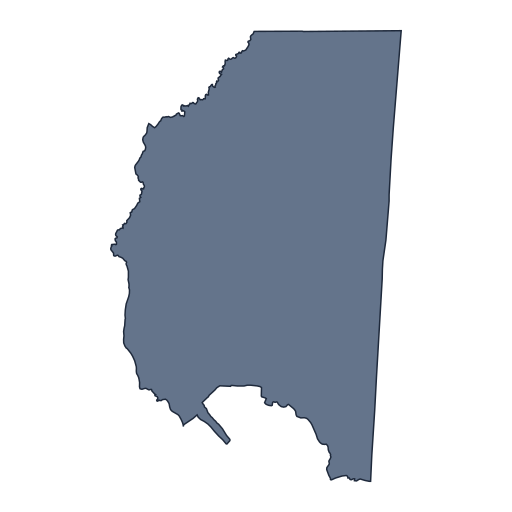 Phalombe, Phalombe, Malawi
{"feature_id": "42251766B10434937590290", "entity_name": "Phalombe", "entity_type": "district", "adm_level": 2, "iso_a3": "MWI", "parent_name": "Malawi", "parent_adm1": "Phalombe", "projection": "robinson", "projection_center": [35.613, -15.69], "detail": "fine", "context": "isolated", "style": "filled", "palette": "slate", "viewbox_px": 512, "rotation_deg": 0, "n_neighbors": 0, "source": "geoboundaries", "source_scale": "gbopen_adm2", "svg_char_len": 6025}
<svg xmlns="http://www.w3.org/2000/svg" viewBox="0 0 512 512"><path d="M370.6,481.3L371.8,455.3L374.7,410.4L376.5,376.4L382.2,279.0L382.4,269.3L382.9,260.8L385.9,240.2L389.1,201.0L389.1,194.7L391.1,158.7L393.3,127.9L401.2,30.7L303.5,31.5L302.1,31.2L254.8,31.4L254.1,31.5L253.2,33.8L251.9,34.8L250.7,36.0L250.4,36.8L250.8,39.4L250.4,40.1L249.8,40.7L248.3,41.2L247.9,42.0L248.8,43.3L249.0,44.1L248.8,45.0L248.1,46.5L245.7,50.1L243.4,51.0L242.6,50.7L242.0,51.2L241.4,52.7L240.8,53.2L240.0,53.1L239.7,52.3L238.9,52.4L238.6,53.2L238.0,53.7L235.8,54.5L235.8,55.3L236.5,55.8L236.5,56.6L235.6,58.0L234.8,58.3L233.4,57.6L232.6,57.9L231.4,59.0L230.7,59.3L229.9,59.2L228.7,58.2L228.1,58.7L227.6,60.3L226.9,60.5L225.4,60.1L225.1,61.1L225.2,63.5L224.7,65.2L224.3,65.9L223.5,65.8L222.9,66.3L222.5,67.0L223.2,67.4L223.6,68.8L222.3,69.8L222.1,70.6L221.6,71.3L221.5,72.1L220.1,71.2L219.4,71.5L219.2,72.4L219.5,73.2L220.1,73.8L221.5,74.4L220.5,75.7L220.2,76.5L219.5,76.7L219.0,77.4L218.3,77.7L218.1,78.6L218.5,80.2L218.2,81.0L217.5,81.2L216.7,81.1L216.5,81.9L216.8,82.6L215.7,83.9L215.8,84.8L215.3,85.4L215.0,86.2L215.3,87.1L214.8,87.4L214.0,87.2L212.7,86.2L212.4,84.5L211.6,84.6L210.2,86.6L209.4,86.8L208.9,87.3L209.2,89.0L208.3,92.3L208.5,94.9L207.7,95.1L206.4,94.3L205.7,94.7L205.4,95.4L205.2,98.8L203.6,98.7L203.2,99.4L202.5,99.8L201.7,99.6L200.2,99.8L199.8,99.0L199.1,98.7L199.0,97.9L198.2,97.7L197.4,99.2L197.7,100.8L197.5,101.6L196.4,102.9L196.1,103.7L195.3,104.0L193.9,103.4L193.5,102.7L192.8,102.5L191.5,103.5L190.0,103.3L189.8,104.1L188.7,105.3L188.4,106.1L187.8,105.5L187.1,106.0L186.4,105.8L184.8,106.1L184.2,105.7L183.4,106.0L183.1,105.2L182.4,104.9L181.7,105.2L181.0,106.7L180.9,109.3L181.3,110.0L182.1,110.2L182.0,111.1L183.6,110.8L184.8,111.8L184.4,116.0L183.8,116.5L182.5,115.6L181.0,115.8L180.2,115.6L179.2,113.3L178.5,112.9L176.4,114.1L176.1,114.9L175.5,115.4L174.8,115.6L174.2,116.2L173.4,116.3L172.8,116.9L170.5,117.4L168.4,116.5L166.9,117.0L166.3,116.7L164.6,117.2L163.0,117.1L161.6,118.6L160.6,121.0L159.9,121.3L159.4,121.9L158.0,124.1L155.9,126.7L154.6,127.7L152.5,126.4L150.7,124.7L148.8,123.6L147.2,127.7L147.0,131.3L146.7,133.0L145.2,135.1L144.0,136.2L143.2,137.2L142.7,139.7L143.3,142.1L145.4,145.8L145.7,147.5L145.4,149.3L144.7,150.8L143.1,151.4L142.3,153.8L141.4,155.2L141.0,156.9L139.8,158.1L139.3,159.7L138.5,161.1L135.5,165.0L135.1,165.8L134.7,167.4L135.8,173.3L136.2,174.3L136.9,174.6L138.2,176.3L138.4,177.1L138.0,177.8L138.6,179.4L138.6,180.3L140.4,182.1L141.1,182.3L142.6,181.9L143.1,182.5L143.4,184.2L144.3,185.6L144.4,186.4L144.2,187.3L143.7,187.9L143.6,188.8L142.8,189.0L142.2,188.5L141.4,188.4L140.8,189.0L140.9,189.8L142.0,191.1L141.4,194.4L140.0,195.1L139.9,196.0L140.8,197.4L139.4,198.3L139.8,201.7L137.8,203.1L136.7,205.4L134.5,208.6L132.4,209.7L131.6,212.2L130.9,212.3L130.2,212.7L130.6,215.2L129.6,217.6L126.8,220.6L126.9,222.3L126.0,223.6L125.2,223.7L124.5,223.4L123.5,224.7L122.7,224.9L123.1,225.7L122.6,226.7L123.1,227.3L123.0,228.2L122.6,228.0L120.4,228.5L119.4,229.8L117.9,229.9L117.3,230.4L117.0,231.2L115.8,233.4L115.6,234.2L115.7,235.1L116.1,235.8L117.3,236.9L117.0,237.8L115.5,238.3L115.0,239.0L115.3,239.8L115.3,240.7L116.4,241.9L116.5,243.4L116.4,244.4L115.6,244.6L114.9,244.2L111.8,244.5L111.4,245.2L111.9,245.9L111.4,246.5L110.8,248.3L110.8,249.2L111.1,250.0L113.5,253.0L113.7,255.6L114.4,256.0L115.2,256.1L117.4,255.2L118.1,255.4L119.1,256.7L120.6,257.1L122.7,258.2L124.8,260.7L126.2,261.4L126.6,262.2L126.1,263.8L126.3,264.7L127.0,266.1L128.4,271.1L128.4,277.2L128.1,279.7L129.0,284.0L129.0,286.5L128.8,287.4L129.5,289.9L129.4,293.4L128.7,296.7L126.2,303.9L125.3,309.9L125.0,315.1L125.4,318.6L125.1,319.4L124.7,325.7L124.1,328.2L123.6,331.6L124.0,335.9L123.6,339.3L123.7,342.9L124.9,346.0L126.3,348.1L127.1,348.5L130.9,353.3L132.6,356.2L134.7,360.8L136.3,366.7L136.4,368.4L136.3,371.1L136.5,372.8L136.7,373.7L137.6,375.1L138.6,377.4L139.0,379.0L139.6,382.5L139.5,386.8L140.0,388.7L141.4,389.2L142.2,389.2L144.4,388.5L145.9,388.3L148.7,389.8L149.5,389.8L150.2,389.5L151.5,389.5L152.0,391.1L154.8,394.1L155.5,394.5L154.9,394.9L155.0,395.7L157.2,396.7L157.7,397.4L157.8,398.2L157.6,399.1L157.0,399.6L156.7,400.4L157.1,401.1L157.8,401.1L159.0,400.1L159.6,400.5L161.2,400.6L162.5,399.6L164.8,399.3L165.5,399.2L166.8,400.1L167.8,401.4L169.1,403.6L169.7,407.0L170.5,409.4L171.0,410.1L172.2,411.3L177.9,414.6L179.1,415.8L181.1,419.4L182.5,422.5L183.2,424.9L183.3,426.5L183.6,425.0L184.3,424.3L193.1,418.4L197.1,414.9L198.2,417.2L200.6,419.5L204.2,421.4L207.9,424.0L211.0,427.1L214.4,431.3L218.8,436.1L222.7,439.7L226.1,443.8L226.9,444.0L229.7,440.9L230.0,440.1L229.8,439.3L226.5,435.4L222.4,428.7L218.5,424.1L217.1,423.2L215.6,421.2L213.8,419.6L212.2,417.6L210.9,416.6L209.5,414.5L207.9,412.7L206.4,408.6L204.5,407.0L204.1,405.3L202.6,403.4L202.2,402.5L207.6,397.3L208.3,396.9L209.1,395.3L215.0,389.9L216.7,387.8L219.8,385.8L230.6,386.3L231.1,385.5L231.8,385.4L237.5,386.0L244.0,386.0L247.3,385.2L250.6,385.2L257.1,385.9L260.2,386.6L261.5,387.6L261.3,396.0L261.7,396.8L264.9,397.8L266.3,398.6L264.6,402.7L265.7,404.0L267.2,404.8L269.0,405.4L271.4,405.7L272.2,405.3L272.6,402.6L273.0,402.1L273.6,401.8L275.1,402.3L276.6,401.9L277.3,402.2L278.6,404.5L280.6,406.1L281.3,406.6L283.7,407.1L285.9,406.6L287.6,404.7L288.5,404.4L293.6,408.6L294.7,409.9L295.6,411.3L296.1,414.8L296.9,416.4L300.8,417.9L304.3,417.7L306.6,418.3L308.0,419.4L310.6,422.5L311.9,424.7L316.1,434.3L317.5,438.8L319.5,441.9L320.7,443.1L322.2,444.1L324.6,444.4L326.3,444.2L327.6,445.7L328.1,447.2L328.3,449.9L329.3,452.5L329.9,453.0L330.6,454.5L330.4,455.4L330.9,457.0L330.3,458.6L329.0,460.8L328.9,461.6L329.3,463.4L329.1,464.4L327.2,467.1L326.8,467.8L326.7,469.6L328.8,475.3L330.5,478.4L330.4,479.3L331.0,479.9L331.8,479.7L335.6,478.0L342.1,476.0L346.2,475.5L346.9,475.7L347.4,476.4L347.8,477.1L347.9,478.0L349.3,478.0L350.0,479.4L350.8,479.7L351.5,479.7L353.3,478.8L354.6,478.8L354.4,480.7L356.6,480.9L358.8,479.5L360.2,479.0L365.2,480.5L369.2,481.3L370.6,481.3Z" fill="#64748b" stroke="#1e293b" stroke-width="1.5"/></svg>